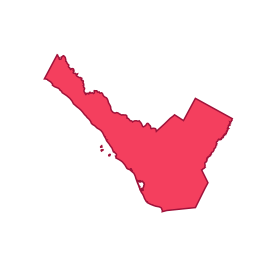 Aitape/Lumi District, Sandaun, Papua New Guinea (Robinson projection), rotated 208°
{"feature_id": "67681753B88844434535712", "entity_name": "Aitape/Lumi District", "entity_type": "district", "adm_level": 2, "iso_a3": "PNG", "parent_name": "Papua New Guinea", "parent_adm1": "Sandaun", "projection": "robinson", "projection_center": [142.359, -3.333], "detail": "fine", "context": "isolated", "style": "filled", "palette": "rose", "viewbox_px": 256, "rotation_deg": 208, "n_neighbors": 0, "source": "geoboundaries", "source_scale": "gbopen_adm2", "svg_char_len": 5763}
<svg xmlns="http://www.w3.org/2000/svg" viewBox="0 0 256 256"><g transform="rotate(208 128 128)"><path d="M224.9,132.1L223.9,132.6L222.0,133.0L221.5,132.7L218.6,132.5L217.5,132.3L215.2,131.4L214.9,130.4L213.8,130.2L212.3,130.0L208.5,130.4L207.4,130.3L206.7,130.1L206.1,129.7L205.7,129.7L205.5,129.4L204.0,129.3L202.7,128.3L197.4,127.8L193.2,126.9L190.0,125.5L187.4,123.7L186.8,123.7L186.7,123.6L182.8,122.7L180.8,122.4L178.3,121.8L175.8,120.9L172.8,119.5L171.5,119.1L170.9,119.1L170.6,118.8L168.7,118.0L166.9,117.6L165.2,116.9L163.8,116.1L162.8,115.1L162.2,115.0L161.8,114.7L161.0,114.5L158.6,114.4L155.0,113.4L153.3,113.4L150.5,113.1L150.2,112.8L148.6,112.2L147.7,111.6L145.0,109.6L144.2,109.5L144.3,109.2L143.5,108.7L141.6,107.4L141.2,107.5L141.4,107.1L140.7,106.6L137.0,105.0L135.7,104.2L132.6,102.7L129.8,100.2L129.0,100.5L128.9,100.4L129.2,100.3L129.2,100.1L128.3,100.1L126.0,99.5L125.4,98.7L125.4,97.8L125.3,97.5L125.6,97.5L125.8,97.3L124.8,96.6L124.6,95.9L120.9,95.9L118.5,95.7L116.9,95.4L113.5,94.0L110.1,91.9L109.6,92.0L109.3,91.7L106.7,92.0L106.4,92.2L106.6,92.9L106.4,93.1L106.5,93.3L106.1,93.5L104.8,92.5L104.7,92.2L104.1,92.2L103.6,91.8L105.3,92.1L106.2,92.0L106.3,91.9L101.6,90.8L100.3,89.9L98.8,88.7L97.8,87.6L93.5,83.7L90.7,81.5L89.7,80.5L89.8,80.9L89.8,81.3L90.2,81.3L90.0,81.6L90.1,81.8L90.3,81.7L91.3,82.3L93.6,84.1L95.5,85.9L95.5,86.1L94.9,86.2L94.4,85.9L93.8,86.3L93.7,86.2L93.7,85.8L93.4,86.0L93.4,86.5L92.9,87.0L92.1,86.5L92.3,86.1L92.3,85.9L91.5,86.3L91.4,86.7L91.6,87.2L90.6,87.2L90.2,87.7L89.9,87.3L89.3,87.4L89.0,87.2L88.2,87.1L88.1,86.7L87.9,86.7L87.5,86.2L87.3,86.2L87.0,85.8L87.1,84.7L86.7,84.3L86.8,83.7L86.5,83.0L86.4,82.3L86.6,82.0L87.3,81.4L87.7,80.5L87.2,80.8L86.8,80.7L86.7,80.4L86.4,80.5L85.8,80.7L85.4,80.0L85.7,79.7L86.0,79.6L87.1,78.8L87.4,78.8L89.0,80.1L88.8,79.6L85.9,77.4L84.2,76.6L82.2,75.2L80.3,73.5L77.4,71.7L76.4,71.5L76.6,72.5L76.2,71.7L75.9,71.2L72.6,71.2L70.7,71.4L70.2,71.7L69.9,71.5L69.0,71.6L66.7,72.0L63.2,73.1L61.3,73.1L60.4,72.6L60.1,72.2L58.8,71.1L58.5,70.2L55.0,73.4L31.1,89.4L31.7,110.5L31.7,117.2L43.3,125.5L42.7,126.3L42.7,127.0L41.9,128.2L41.5,129.5L41.9,129.5L42.3,131.0L43.7,133.0L43.7,134.0L43.1,134.5L43.1,135.1L43.2,135.4L42.9,136.1L43.3,136.6L43.6,136.8L43.4,137.2L43.4,137.4L44.0,137.8L44.1,138.6L43.9,138.7L44.0,138.9L43.9,139.3L43.4,139.5L43.7,140.2L43.4,140.9L42.7,141.1L42.6,141.3L42.6,142.1L42.3,142.4L42.5,142.6L42.4,142.9L42.7,143.1L42.4,143.3L42.4,144.0L42.2,144.3L42.7,144.7L42.7,145.3L42.3,146.4L41.9,146.8L41.7,148.5L42.0,149.2L42.0,150.1L42.2,150.3L41.7,151.3L41.6,152.0L42.2,154.2L41.8,154.7L42.2,155.2L42.2,155.9L42.6,155.9L42.9,156.1L43.3,157.2L43.2,157.8L42.8,158.2L42.7,159.3L42.9,160.1L42.6,160.8L42.0,160.9L41.7,160.6L41.2,160.8L40.7,161.5L40.8,161.9L40.3,161.9L40.3,162.3L40.6,163.2L40.5,163.8L40.4,163.9L40.1,163.6L39.7,163.8L39.5,164.8L39.6,165.3L40.2,165.6L40.1,165.9L40.0,166.8L39.7,166.9L39.9,167.2L39.7,168.2L39.4,168.4L38.8,168.2L39.0,169.2L38.7,169.4L38.8,169.8L39.1,170.1L38.9,171.0L39.3,171.2L39.1,171.5L39.3,171.8L39.0,172.1L39.0,172.6L39.3,172.7L39.3,173.6L38.9,174.7L40.0,174.4L40.1,175.0L39.8,176.1L40.5,177.2L40.4,177.5L39.3,178.2L39.3,178.4L39.9,178.1L40.2,178.3L40.4,179.6L40.2,180.4L40.7,180.9L40.0,180.8L40.2,181.2L39.9,182.4L40.1,183.1L39.8,183.7L40.3,184.4L40.3,185.2L82.4,185.8L82.5,160.6L93.1,161.5L93.6,160.0L95.3,156.3L97.8,148.4L101.4,138.3L102.7,139.9L103.4,140.3L104.1,140.2L105.7,139.6L107.3,138.3L107.6,138.4L108.9,140.0L109.7,140.5L110.2,140.5L111.9,141.3L112.6,141.4L113.2,141.1L113.4,140.7L113.6,138.6L114.1,137.5L115.0,136.2L115.8,136.2L118.0,138.0L119.2,138.7L121.5,139.6L122.0,138.9L122.5,138.6L123.8,138.4L125.3,137.6L126.1,136.7L126.9,135.5L127.6,135.9L128.4,135.9L129.0,135.6L129.6,135.5L132.0,136.5L132.8,136.5L133.4,136.2L133.7,136.5L133.8,137.0L134.2,137.3L135.0,138.3L136.1,138.4L137.9,137.5L138.7,137.3L139.4,136.6L139.9,136.4L141.3,136.5L141.9,136.3L143.4,136.6L144.3,136.5L145.4,136.2L146.4,135.0L148.5,134.8L150.8,135.6L152.2,136.9L153.4,138.7L155.4,140.1L157.0,141.1L158.8,143.0L160.1,144.0L161.2,144.5L163.6,144.5L165.2,145.1L166.3,146.1L167.6,146.7L168.2,146.5L168.5,146.0L169.1,145.7L169.5,145.7L170.4,146.3L171.3,145.5L171.7,145.7L172.2,145.6L172.6,146.1L173.1,146.2L175.3,145.1L175.1,144.5L174.6,144.1L174.3,143.3L174.3,142.9L174.8,142.2L175.3,142.4L176.3,142.3L176.7,141.6L177.3,141.3L177.8,141.5L178.3,141.2L178.5,141.5L178.8,141.0L178.5,140.2L178.6,139.7L179.3,139.5L179.6,139.7L180.6,139.4L180.8,139.0L180.9,137.8L181.1,137.7L181.9,138.5L182.2,138.4L182.6,139.0L183.3,139.1L184.2,139.8L184.6,140.6L184.6,141.4L184.9,142.6L185.2,142.9L186.2,143.0L186.6,143.8L187.4,144.4L187.1,144.9L187.8,146.1L188.9,146.7L189.1,147.1L189.1,147.8L189.9,148.7L190.3,148.7L190.8,148.2L191.1,148.2L191.5,148.6L192.0,148.7L192.2,149.2L191.9,149.8L192.1,150.1L192.6,149.8L192.8,150.2L193.8,150.2L194.6,149.6L197.3,149.8L198.3,150.1L198.6,150.6L197.9,151.5L198.0,152.1L199.1,151.0L200.1,151.5L201.1,150.9L202.1,150.9L202.4,151.2L202.3,151.7L202.4,153.0L203.3,152.9L203.4,154.2L203.9,154.5L204.6,154.5L205.4,154.1L205.8,153.7L205.8,153.2L206.2,152.7L207.5,153.6L208.2,153.8L208.8,153.8L209.4,154.1L209.8,155.8L211.7,156.3L213.6,157.7L214.3,157.7L214.8,158.8L216.4,160.7L217.3,161.2L217.9,161.3L218.6,161.6L219.0,161.5L219.3,161.0L219.7,159.6L220.2,159.4L220.2,158.8L219.4,157.8L219.7,157.2L220.6,156.5L221.2,156.6L221.5,156.9L221.6,157.7L223.3,158.3L224.3,159.3L224.9,159.4L224.9,132.1ZM131.6,96.3L132.2,95.5L132.2,94.8L132.0,94.5L131.3,94.7L131.1,95.0L131.2,96.2L131.6,96.3ZM141.3,96.1L141.2,95.6L140.6,95.2L140.2,96.0L139.9,96.3L139.7,97.0L139.9,97.1L140.0,97.1L140.7,96.2L141.1,96.3L141.3,96.1ZM142.9,100.0L143.2,99.4L143.3,98.4L143.1,98.2L142.1,98.9L142.6,99.7L142.9,100.0Z" fill="#f43f5e" stroke="#9f1239" stroke-width="1.5"/></g></svg>